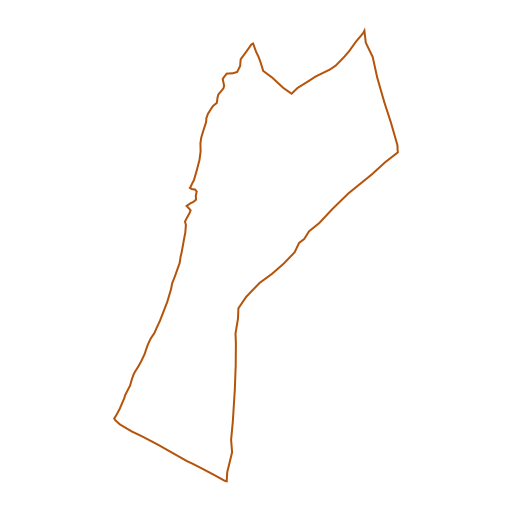 Whojah, Maryland, Liberia
{"feature_id": "62588387B36010153941862", "entity_name": "Whojah", "entity_type": "district", "adm_level": 2, "iso_a3": "LBR", "parent_name": "Liberia", "parent_adm1": "Maryland", "projection": "orthographic", "projection_center": [-8.023, 4.944], "detail": "fine", "context": "isolated", "style": "outline", "palette": "amber", "viewbox_px": 512, "rotation_deg": 0, "n_neighbors": 0, "source": "geoboundaries", "source_scale": "gbopen_adm2", "svg_char_len": 2078}
<svg xmlns="http://www.w3.org/2000/svg" viewBox="0 0 512 512"><path d="M226.7,481.3L227.2,472.3L232.1,452.3L231.1,439.8L232.8,421.8L234.8,389.9L235.4,373.5L235.7,365.8L235.9,343.5L235.5,333.6L238.0,318.5L238.4,308.3L246.2,296.8L259.6,282.9L271.8,274.0L283.6,263.7L294.6,252.3L299.1,242.9L304.2,239.0L307.8,233.3L309.0,231.3L312.9,228.2L319.2,223.1L332.2,209.2L348.5,193.3L371.7,174.5L385.2,162.2L396.1,153.7L397.8,152.4L397.6,149.6L397.4,145.1L390.9,122.5L386.8,109.9L384.4,102.5L377.2,77.5L372.7,57.0L365.8,42.7L364.4,30.7L363.1,33.2L355.9,41.7L349.2,51.1L344.4,56.7L335.8,65.5L330.7,69.0L330.2,69.4L315.8,76.4L308.7,81.0L305.5,83.0L297.6,87.9L291.6,93.7L283.4,88.0L272.2,77.6L263.2,70.9L260.5,62.1L258.6,57.0L256.1,51.8L253.1,43.5L251.3,44.5L249.6,47.0L248.4,48.7L245.9,52.2L240.7,59.2L240.1,66.1L237.1,72.0L232.7,73.3L226.8,73.6L224.2,76.8L223.7,77.5L222.7,79.0L223.3,81.8L224.1,85.9L223.4,88.4L220.7,91.7L218.4,94.4L217.5,97.7L217.1,101.0L216.8,102.9L213.1,105.9L211.5,108.2L210.6,109.6L207.9,113.9L206.4,118.1L206.1,122.1L203.2,131.1L201.2,137.8L200.4,143.6L200.5,145.7L200.6,151.6L199.4,160.4L198.8,162.5L196.9,169.9L193.9,180.3L192.6,182.6L190.8,186.4L189.9,187.9L192.0,189.2L195.1,189.5L196.7,191.6L196.2,193.9L195.8,195.8L196.0,199.7L193.0,202.2L190.9,203.0L187.7,205.2L186.6,206.0L189.3,208.8L190.6,210.3L189.4,213.4L186.9,217.8L185.0,221.6L185.9,225.0L185.6,228.7L185.3,232.7L184.0,239.3L181.7,252.1L180.5,257.1L180.4,258.0L179.7,262.8L175.0,276.1L173.4,280.2L172.2,283.2L171.0,289.3L167.2,302.1L163.2,312.4L159.9,320.9L158.0,325.0L156.5,328.2L156.1,329.2L154.3,333.2L151.1,337.9L150.0,340.0L149.7,340.6L149.2,341.7L147.9,344.5L146.5,348.4L144.6,354.1L141.4,360.9L140.1,363.3L138.5,366.2L135.1,371.6L133.6,374.3L133.4,375.0L131.9,379.2L130.0,385.8L127.1,391.3L125.1,395.3L124.4,397.9L121.9,403.7L121.5,404.6L119.6,409.1L116.3,415.2L115.3,416.8L114.2,418.5L115.3,420.2L120.0,424.5L131.8,431.5L138.2,434.5L142.3,436.5L158.3,444.9L174.2,453.9L186.7,461.0L192.5,463.7L199.6,467.3L214.4,475.1L224.3,480.6L226.7,481.3Z" fill="none" stroke="#b45309" stroke-width="2"/></svg>